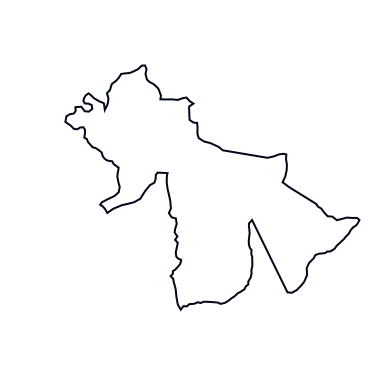 the district of Joviânia, Goiás, Brazil, rotated 223°
{"feature_id": "56859067B98474481427094", "entity_name": "Joviânia", "entity_type": "district", "adm_level": 2, "iso_a3": "BRA", "parent_name": "Brazil", "parent_adm1": "Goiás", "projection": "natural_earth1", "projection_center": [-49.597, -17.786], "detail": "fine", "context": "isolated", "style": "outline", "palette": "ink", "viewbox_px": 384, "rotation_deg": 223, "n_neighbors": 0, "source": "geoboundaries", "source_scale": "gbopen_adm2", "svg_char_len": 2862}
<svg xmlns="http://www.w3.org/2000/svg" viewBox="0 0 384 384"><g transform="rotate(223 192 192)"><path d="M268.2,159.0L262.1,159.7L259.5,155.6L257.2,152.4L252.0,148.6L248.3,146.4L245.4,141.7L246.0,136.1L249.0,128.5L250.9,122.9L250.4,120.0L247.8,120.6L244.2,120.3L239.7,118.9L238.1,126.2L234.3,134.5L230.5,140.1L227.3,145.2L225.2,151.9L226.9,160.7L227.4,168.4L225.9,173.1L227.5,176.8L230.1,179.7L230.4,182.7L222.8,189.1L221.3,186.6L217.0,181.7L211.8,177.5L205.4,173.2L201.4,170.3L196.3,165.7L194.5,160.8L189.6,159.6L185.8,161.7L181.5,158.3L179.1,153.5L177.0,150.5L172.4,149.6L171.7,145.4L167.7,145.1L162.5,136.5L159.3,134.0L156.7,133.9L153.7,135.0L151.6,131.6L151.3,127.7L151.3,123.8L152.0,121.1L150.2,119.1L150.2,115.9L146.6,115.7L144.4,114.0L137.8,109.9L131.8,104.6L125.6,100.0L120.0,98.3L120.4,102.7L117.8,104.8L117.5,108.1L114.1,111.8L112.6,115.3L109.9,116.7L108.7,119.6L106.0,122.1L102.7,124.8L100.1,126.9L97.6,128.8L94.9,129.6L92.3,133.3L91.2,137.3L90.6,141.4L89.7,144.8L89.5,149.0L88.3,152.5L87.3,156.4L88.3,159.9L87.7,162.7L89.8,164.9L90.7,169.3L92.6,172.7L95.3,175.4L97.6,179.3L103.5,185.4L106.5,187.2L108.8,190.1L111.7,190.7L114.4,192.3L117.4,195.2L121.5,200.9L124.4,203.6L127.0,205.7L128.9,208.0L129.0,212.5L80.2,193.8L53.7,183.7L50.2,186.5L48.5,191.7L48.4,198.7L48.7,202.8L51.1,209.6L56.2,214.6L58.0,220.0L57.8,226.7L58.8,229.9L57.2,233.3L53.0,238.0L52.5,240.7L50.3,242.8L49.0,247.5L49.5,251.4L48.8,260.9L49.0,264.2L48.9,268.5L49.9,272.3L50.1,275.9L49.2,279.0L49.4,282.1L50.4,285.7L53.6,285.6L57.2,282.2L61.2,279.0L66.8,270.2L72.6,269.7L76.2,266.8L81.0,267.1L86.3,268.0L90.2,267.2L92.9,268.0L119.2,262.8L124.5,261.8L132.4,260.9L134.4,267.1L137.5,272.3L140.9,276.4L145.8,280.3L148.6,283.8L150.7,282.7L153.9,279.1L156.7,273.4L160.2,268.4L197.9,243.5L203.1,243.2L211.9,240.3L217.6,237.2L223.9,236.0L228.0,238.5L232.1,243.1L235.4,246.0L238.2,243.8L242.9,243.1L246.6,246.6L252.4,252.5L251.2,257.6L255.5,256.9L260.5,257.3L262.6,254.5L265.3,249.5L269.3,246.5L278.3,238.2L280.4,241.3L285.1,243.7L287.5,244.7L292.1,244.8L294.7,244.5L298.3,243.5L301.6,243.5L306.5,246.6L309.0,250.8L312.6,252.5L314.9,250.2L315.3,244.8L317.4,239.3L319.1,236.0L321.8,233.2L324.3,230.0L323.4,225.6L323.4,221.2L324.3,216.4L322.9,213.3L321.5,210.7L321.6,206.3L317.1,203.6L314.6,200.4L313.1,197.3L311.8,192.6L315.0,195.3L317.1,196.8L321.6,195.1L327.9,193.7L331.9,193.9L334.9,193.6L335.6,190.3L334.9,186.9L333.6,184.5L330.7,183.7L328.1,185.9L324.7,187.2L321.6,184.8L322.3,180.4L325.5,177.9L331.1,178.9L335.1,174.5L332.4,172.0L331.9,168.8L334.4,165.5L335.5,161.7L332.4,156.9L329.5,157.3L325.4,157.9L321.5,157.6L318.7,159.6L317.7,163.0L315.5,165.3L312.5,164.4L310.6,162.3L307.8,158.3L304.9,159.0L301.8,157.5L298.2,157.3L295.3,156.9L292.2,158.5L289.0,159.0L285.0,159.3L281.3,157.1L277.8,156.8L275.3,157.3L271.3,160.0L268.2,159.0Z" fill="none" stroke="#020617" stroke-width="2"/></g></svg>